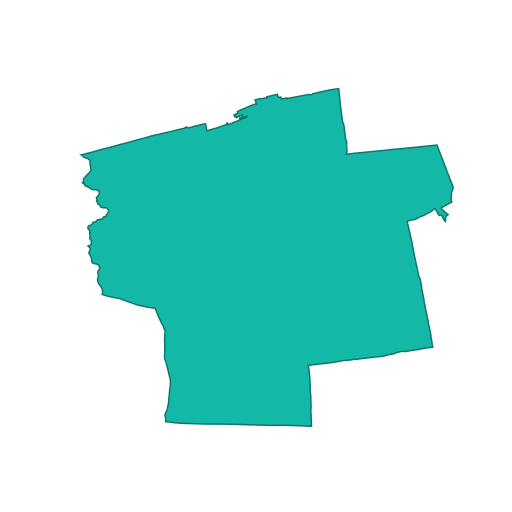 Balteni, Olt, Romania, rotated 192°
{"feature_id": "2599482B45249958098961", "entity_name": "Balteni", "entity_type": "district", "adm_level": 2, "iso_a3": "ROU", "parent_name": "Romania", "parent_adm1": "Olt", "projection": "mercator", "projection_center": [24.539, 44.464], "detail": "fine", "context": "isolated", "style": "filled", "palette": "teal", "viewbox_px": 512, "rotation_deg": 192, "n_neighbors": 0, "source": "geoboundaries", "source_scale": "gbopen_adm2", "svg_char_len": 6029}
<svg xmlns="http://www.w3.org/2000/svg" viewBox="0 0 512 512"><g transform="rotate(192 256 256)"><path d="M447.9,318.6L447.4,318.5L445.9,317.4L444.8,316.9L443.0,316.5L441.7,316.6L439.4,315.6L438.6,315.0L438.1,314.3L437.8,313.3L437.5,311.3L436.3,308.8L436.0,307.7L435.3,306.2L435.2,305.7L435.4,304.9L435.8,304.0L437.5,301.1L437.8,300.9L438.8,299.2L439.2,298.2L440.5,296.1L440.7,294.7L440.5,293.9L440.1,292.2L441.0,291.7L440.8,291.3L440.1,291.4L439.3,290.7L438.9,290.9L438.7,290.8L438.2,290.0L438.0,289.6L437.6,289.2L437.1,289.3L436.8,288.9L436.1,288.7L435.7,288.7L435.5,289.1L434.8,289.0L434.4,288.5L432.9,288.0L432.3,287.6L429.9,287.0L429.1,287.0L424.9,287.8L424.7,287.5L424.6,287.2L423.4,286.9L422.7,286.2L422.5,285.6L422.3,284.8L422.3,284.1L422.7,282.1L423.5,281.6L423.7,280.8L424.0,280.4L424.1,279.4L424.0,278.9L423.0,277.8L422.9,277.6L423.3,277.0L423.4,276.6L423.3,276.2L422.0,275.6L421.9,275.3L421.9,274.2L421.7,274.0L421.4,273.9L421.2,274.0L420.8,274.0L420.2,273.7L418.9,272.8L418.8,272.5L417.9,271.6L417.2,271.5L416.1,271.6L414.9,271.3L414.6,271.5L414.1,272.0L412.9,271.8L411.9,271.9L411.5,271.7L410.4,270.7L409.8,270.4L409.6,270.2L409.6,269.8L409.6,269.1L409.9,267.1L410.0,266.5L410.8,265.4L411.0,265.0L411.0,263.9L411.6,262.9L411.9,262.6L412.1,262.6L412.6,262.8L412.9,262.7L413.3,262.4L413.6,261.4L413.7,260.8L414.2,260.5L414.4,260.2L414.7,259.4L415.1,259.3L415.5,259.6L416.2,259.6L416.5,259.5L417.4,258.5L418.6,258.5L419.1,257.3L420.2,256.1L421.0,255.6L422.3,255.2L422.5,254.9L422.8,253.5L423.5,252.4L424.1,251.9L425.6,250.9L426.3,250.0L426.4,249.2L426.4,248.7L426.2,248.3L425.0,247.1L423.6,245.5L423.1,245.1L423.0,244.6L423.5,244.4L423.6,243.9L423.3,242.9L422.7,242.1L422.5,240.7L422.5,239.4L422.3,238.6L422.0,238.2L420.8,237.3L420.2,236.7L420.0,236.2L420.0,235.2L419.8,234.3L419.7,233.1L420.4,231.8L422.2,231.2L422.4,230.7L421.3,230.2L420.5,229.6L419.7,228.8L419.5,228.1L419.6,227.2L420.1,225.4L420.2,224.7L420.0,224.0L417.7,221.3L417.0,220.3L415.7,217.6L415.5,216.8L414.7,215.4L414.2,215.1L412.7,215.0L409.9,214.9L408.7,214.6L408.3,214.5L407.7,214.0L406.9,213.2L406.6,212.7L406.2,211.6L406.4,210.9L407.3,208.8L407.4,207.2L407.3,206.5L406.1,204.3L406.0,203.7L406.0,202.7L406.2,201.2L406.1,199.8L405.4,198.0L404.7,197.1L403.5,195.5L402.1,194.5L401.1,193.5L399.6,191.6L398.6,189.0L398.4,187.8L398.5,186.9L398.6,186.4L396.6,186.3L393.4,185.9L390.9,185.8L384.9,185.9L383.0,186.0L379.8,185.9L374.8,185.1L361.3,183.4L351.4,183.4L343.8,183.8L343.6,183.7L343.0,182.9L340.0,178.2L334.9,171.2L333.4,169.5L332.7,168.9L332.0,168.0L331.1,166.1L329.7,164.7L329.4,164.0L329.2,163.2L328.9,160.5L328.4,157.1L327.4,152.4L326.8,150.6L326.4,148.2L325.6,144.5L325.4,143.6L324.9,141.6L324.7,140.4L324.8,139.8L324.7,138.6L324.5,137.9L323.4,135.5L322.1,133.7L317.6,124.6L315.9,120.7L315.0,119.2L314.4,117.9L313.6,115.3L312.8,111.0L312.6,106.7L311.7,99.9L311.7,98.1L311.2,96.2L311.0,93.1L310.9,87.4L311.4,85.6L311.9,82.9L312.0,81.5L311.9,81.0L311.4,79.9L310.8,79.1L310.4,77.9L309.8,75.1L308.3,75.4L302.3,75.9L297.4,76.4L289.9,77.6L269.7,81.3L258.9,83.6L246.8,86.0L206.3,93.4L193.4,96.2L181.2,98.5L166.3,101.0L168.9,111.3L170.2,116.2L170.6,119.0L171.0,121.0L172.2,125.7L172.7,127.9L173.2,129.8L175.2,136.6L175.9,140.0L177.3,145.0L177.5,146.4L180.1,154.4L181.2,157.6L182.3,159.7L178.6,161.1L160.0,167.4L149.5,171.6L146.6,172.6L141.5,174.1L139.5,174.9L139.0,175.4L136.0,175.9L128.8,178.5L122.2,180.7L116.7,182.6L115.1,182.9L109.0,185.2L107.1,186.4L105.6,187.1L101.7,188.6L100.0,189.5L99.5,190.0L98.0,190.9L94.2,192.8L92.9,193.3L91.1,193.3L78.3,198.1L69.5,201.8L64.1,203.5L65.3,206.2L66.2,208.8L67.8,212.8L68.6,215.2L69.5,217.4L71.5,222.0L72.9,224.8L74.5,229.1L75.2,230.4L77.0,234.7L78.4,237.7L79.8,241.2L82.3,247.0L82.8,248.5L83.4,250.0L87.0,258.3L87.9,261.1L89.7,265.4L90.8,267.8L92.8,270.6L93.6,272.3L94.4,274.2L101.5,290.2L106.6,302.4L110.6,311.2L111.9,313.9L112.8,315.8L115.4,321.4L113.2,322.6L112.5,323.1L110.3,324.0L107.8,324.8L106.8,325.9L104.6,327.6L102.8,329.0L101.7,329.7L100.8,330.2L96.8,333.6L94.4,335.5L92.9,337.2L91.4,339.2L91.0,339.4L90.5,339.4L90.2,339.1L88.4,337.1L87.3,335.7L86.3,334.7L85.4,333.7L84.7,334.3L84.4,334.4L84.1,334.5L82.8,334.3L81.8,333.2L80.6,331.4L79.8,330.8L79.3,330.1L78.7,329.6L77.9,329.2L77.9,330.4L78.4,331.8L78.5,332.1L78.3,332.8L78.3,333.2L78.6,334.5L76.7,336.3L79.0,337.6L80.4,338.3L81.5,339.0L83.8,340.3L84.4,340.9L84.7,341.3L84.7,341.6L84.6,341.9L84.3,342.2L83.5,342.7L81.7,344.4L79.8,345.9L78.9,346.8L75.9,349.3L75.7,349.6L76.5,350.9L77.0,352.3L77.3,354.3L77.3,355.7L77.7,356.8L77.9,357.7L77.9,358.5L77.4,361.9L77.3,362.3L77.6,362.5L77.4,363.1L77.4,364.1L77.8,365.0L78.9,366.7L79.4,367.1L80.1,368.6L81.6,370.6L83.4,373.4L83.3,373.5L86.3,377.7L89.0,382.2L89.8,383.3L101.5,401.3L101.9,402.2L125.5,394.6L147.2,387.8L150.9,386.5L181.5,376.8L188.8,374.3L188.7,377.4L189.5,379.5L189.8,381.0L190.4,382.9L190.8,384.9L190.8,385.9L191.0,386.5L192.9,389.5L193.3,390.8L193.5,391.7L194.0,393.5L194.9,395.1L195.5,397.4L196.7,400.9L197.3,401.8L197.5,402.7L199.7,406.3L200.0,407.3L200.8,409.7L201.9,412.8L202.3,413.8L203.1,416.4L204.2,419.2L205.6,423.5L209.9,436.9L216.5,434.5L223.3,431.6L234.2,426.5L235.1,425.3L235.5,425.0L235.9,424.9L237.3,425.1L237.9,425.0L256.9,417.1L258.8,416.2L258.9,416.9L264.0,414.8L264.8,416.6L266.2,416.1L266.9,416.1L267.3,416.2L268.7,418.6L278.5,414.0L278.1,413.1L280.9,411.9L285.7,410.3L289.3,408.5L287.3,404.8L289.5,403.8L292.8,401.7L293.8,400.9L298.0,398.0L304.2,393.5L303.3,392.1L306.8,389.4L305.8,387.8L304.9,388.5L304.1,387.3L298.8,391.1L297.9,389.5L300.7,387.5L300.3,386.8L294.0,391.0L293.5,390.3L297.4,387.6L301.9,384.6L302.5,384.1L308.0,380.3L310.8,378.6L311.6,380.2L312.2,379.8L311.6,378.9L320.8,373.2L330.3,368.2L330.7,369.6L331.2,371.2L331.7,372.4L332.9,374.8L333.3,374.8L344.0,369.7L346.2,368.4L347.8,367.7L348.9,367.4L350.5,367.2L351.1,367.7L351.7,367.0L352.7,366.1L353.9,365.4L356.7,364.2L365.3,360.0L383.7,351.5L389.2,348.4L395.6,345.3L403.2,341.2L412.7,336.5L418.8,333.3L431.8,326.8L438.6,323.2L447.9,318.6Z" fill="#14b8a6" stroke="#0f766e" stroke-width="1.5"/></g></svg>